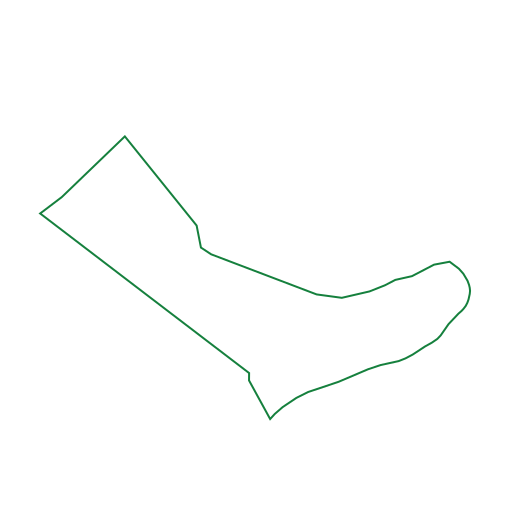 Bani Suwayf, Equal Earth projection, rotated 39°
{"feature_id": "EGY-1546", "entity_name": "Bani Suwayf", "entity_type": "Governorate", "adm_level": 1, "iso_a3": "EGY", "parent_name": "Egypt", "parent_adm1": "", "projection": "equal_earth", "projection_center": [30.952, 29.058], "detail": "fine", "context": "isolated", "style": "outline", "palette": "green", "viewbox_px": 512, "rotation_deg": 39, "n_neighbors": 0, "source": "natural_earth", "source_scale": "10m", "svg_char_len": 714}
<svg xmlns="http://www.w3.org/2000/svg" viewBox="0 0 512 512"><g transform="rotate(39 256 256)"><path d="M207.9,284.1L220.1,282.9L327.3,247.7L349.0,234.5L366.5,212.1L374.6,197.7L379.3,186.9L389.9,173.5L399.8,150.7L410.1,138.6L421.7,138.2L428.3,139.3L435.9,142.1L439.8,144.4L442.1,146.2L444.3,148.4L446.0,151.0L448.5,156.0L449.7,159.4L450.4,162.9L450.5,166.6L450.3,169.4L449.6,173.4L448.5,187.8L449.5,201.5L449.1,206.3L447.2,212.7L444.3,219.9L439.8,234.0L436.6,241.5L433.0,247.9L421.5,262.3L414.3,273.6L399.4,301.7L382.1,328.9L376.7,340.8L371.8,356.7L370.0,366.8L369.6,373.8L328.9,357.1L324.3,351.3L61.5,358.8L68.0,332.4L78.8,245.6L190.7,269.7L207.9,284.1Z" fill="none" stroke="#15803d" stroke-width="2"/></g></svg>